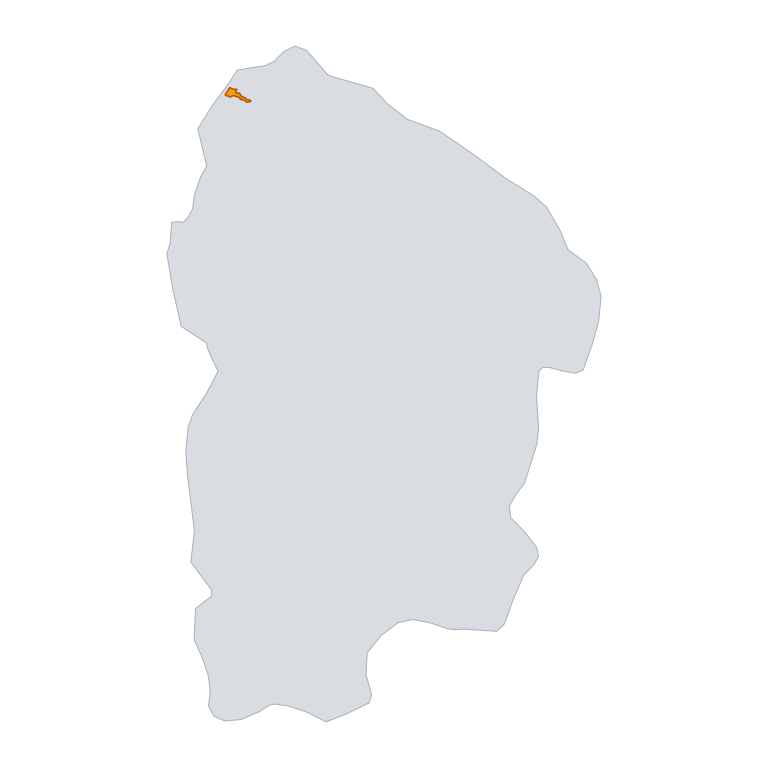 Yoeseltse, Samchi, Bhutan (highlighted), rotated 90°
{"feature_id": "84629894B70559788539296", "entity_name": "Yoeseltse", "entity_type": "district", "adm_level": 2, "iso_a3": "BTN", "parent_name": "Bhutan", "parent_adm1": "Samchi", "projection": "equal_earth", "projection_center": [88.985, 26.964], "detail": "fine", "context": "in_parent", "style": "filled", "palette": "amber", "viewbox_px": 768, "rotation_deg": 90, "n_neighbors": 0, "source": "geoboundaries", "source_scale": "gbopen_adm2", "svg_char_len": 3937}
<svg xmlns="http://www.w3.org/2000/svg" viewBox="0 0 768 768"><g transform="rotate(90 384 384)"><path d="M629.7,315.2L628.5,321.3L622.9,337.5L619.4,355.2L622.6,369.7L635.5,387.0L652.8,400.8L674.7,401.9L694.7,396.5L702.8,398.7L714.0,421.8L721.9,441.8L711.6,462.4L705.9,480.5L704.0,493.4L705.3,498.9L711.9,509.3L719.6,527.1L720.9,543.4L716.2,554.2L705.8,559.6L694.7,558.0L685.6,558.2L674.2,560.1L656.4,566.2L639.8,573.9L608.6,572.5L596.0,556.4L590.1,556.3L561.9,577.2L530.9,573.6L474.7,580.5L451.1,582.2L427.0,579.8L414.7,575.4L391.9,560.7L371.3,550.0L350.4,559.8L343.0,561.6L326.3,586.8L289.9,595.1L253.6,601.1L242.9,597.8L222.4,596.3L221.6,590.4L222.2,584.7L217.6,580.2L209.3,575.5L195.0,573.6L176.7,567.3L166.1,561.3L128.9,570.1L107.2,556.9L82.5,538.7L70.1,530.8L65.6,502.6L61.2,493.6L51.5,484.1L46.1,472.9L50.5,461.4L75.0,440.0L76.9,434.9L88.3,395.0L104.0,380.5L119.5,360.3L131.2,328.3L153.8,295.5L178.7,261.8L195.7,234.4L207.0,221.6L230.3,208.0L249.8,199.9L263.3,181.6L279.5,171.4L296.3,166.9L321.1,169.3L344.5,175.8L370.2,184.9L373.2,192.3L371.1,205.3L367.5,218.5L367.3,225.2L371.3,229.0L396.4,231.5L427.2,229.4L444.4,231.2L483.0,243.4L494.3,252.0L506.1,258.6L517.5,257.4L532.0,243.3L547.2,231.4L556.7,229.5L563.5,233.3L575.8,244.7L601.2,255.4L623.9,263.5L631.3,271.2L629.1,304.2L629.7,315.2Z" fill="#d9dde1" stroke="#a8b0b8" stroke-width="1"/><path d="M89.4,531.2L89.3,532.1L89.3,532.6L89.3,533.4L89.3,533.5L89.3,534.2L89.2,534.6L89.1,534.9L89.0,535.3L88.8,535.7L88.5,536.0L88.3,536.5L88.2,537.1L88.2,537.5L88.0,537.8L87.9,537.9L87.7,538.0L87.7,538.3L87.9,538.4L88.1,538.5L88.4,538.7L88.8,539.0L89.5,539.5L90.1,539.9L90.5,540.2L91.0,540.5L91.4,540.8L92.1,541.2L93.0,541.7L93.9,542.3L94.9,542.8L95.4,542.3L95.7,542.1L95.8,542.0L95.8,541.8L95.9,541.6L95.9,541.4L95.9,541.2L95.8,540.9L95.8,540.7L95.9,540.4L95.9,540.2L96.0,540.0L96.0,539.9L96.1,539.6L96.3,539.5L96.5,539.3L96.7,539.1L96.8,539.0L96.8,538.9L96.9,538.6L97.0,538.4L97.0,538.2L97.0,537.9L97.0,537.7L96.9,537.6L96.8,537.4L96.7,537.3L96.6,537.2L96.6,536.7L96.5,536.4L96.4,536.3L96.3,536.2L96.2,536.1L96.0,535.9L95.9,535.8L95.9,535.7L95.8,535.3L95.8,535.2L95.8,534.7L95.7,534.5L95.7,534.4L95.8,534.2L95.7,534.1L95.7,533.9L95.7,533.7L95.8,533.5L95.8,533.4L95.8,533.2L96.0,532.8L96.1,532.7L96.2,532.4L96.3,532.3L96.4,532.2L96.5,531.9L96.7,531.7L96.8,531.5L96.7,531.4L96.8,531.3L96.8,531.2L96.9,530.9L97.0,530.7L97.0,530.4L97.0,530.2L97.0,529.9L97.1,529.7L97.1,529.4L97.2,529.2L97.3,529.2L97.4,528.9L97.5,528.7L97.8,528.5L97.9,528.4L98.0,528.3L98.1,528.2L98.3,528.0L98.4,527.9L98.4,528.0L98.6,528.1L98.9,528.0L99.1,527.9L99.3,527.8L99.5,527.7L99.5,526.9L99.6,526.7L99.5,526.4L99.5,526.2L99.5,525.9L99.5,525.7L99.7,525.3L99.8,525.2L100.0,525.0L100.2,524.8L100.2,524.6L100.2,524.4L100.2,524.2L100.3,524.1L100.3,523.9L100.4,523.7L100.6,523.4L100.9,523.2L101.1,522.8L101.3,522.5L101.6,522.2L101.8,521.8L102.0,521.5L102.0,521.4L102.0,521.2L102.1,520.7L102.0,520.3L102.0,520.2L102.0,519.4L101.7,518.4L101.6,517.7L101.3,517.2L101.2,517.2L100.9,517.4L100.6,517.7L100.3,518.0L100.1,518.4L99.9,519.0L99.8,519.6L99.8,520.0L99.7,520.3L99.7,520.6L99.6,520.9L99.3,521.4L99.1,521.8L98.9,522.0L98.4,522.2L98.0,522.5L97.8,522.7L97.8,522.8L97.7,523.0L97.6,523.4L97.6,523.5L97.6,523.8L97.3,524.1L97.2,524.2L97.2,524.3L97.1,524.5L97.0,524.8L97.0,525.0L96.9,525.1L96.9,525.3L96.7,525.6L96.7,525.8L96.6,526.0L96.4,526.1L96.2,526.3L96.1,526.6L95.9,526.8L95.7,526.9L95.6,527.0L95.4,527.1L95.3,527.3L95.3,527.6L95.2,527.7L95.1,527.8L94.9,527.8L94.7,527.8L94.4,527.8L94.1,527.8L93.9,527.8L93.9,528.0L93.7,528.3L93.4,528.5L93.2,528.7L93.2,528.8L93.2,529.0L92.9,529.2L92.9,529.3L93.0,529.5L93.3,529.7L93.4,529.8L93.4,530.0L93.4,530.3L93.3,530.6L93.2,530.7L93.2,530.8L93.1,531.0L93.0,531.3L93.0,531.5L92.9,531.8L92.6,532.2L92.3,532.3L91.8,532.2L91.1,531.7L90.9,531.5L90.7,531.6L90.5,531.8L90.3,531.9L90.0,531.8L89.8,531.5L89.5,531.2L89.4,531.2Z" fill="#f59e0b" stroke="#b45309" stroke-width="1.5"/></g></svg>